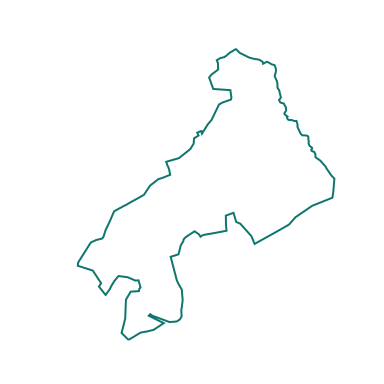 outline of Musawa, Katsina, Nigeria, rotated 335°
{"feature_id": "59680162B51512347513243", "entity_name": "Musawa", "entity_type": "district", "adm_level": 2, "iso_a3": "NGA", "parent_name": "Nigeria", "parent_adm1": "Katsina", "projection": "orthographic", "projection_center": [7.719, 12.112], "detail": "fine", "context": "isolated", "style": "outline", "palette": "teal", "viewbox_px": 384, "rotation_deg": 335, "n_neighbors": 0, "source": "geoboundaries", "source_scale": "gbopen_adm2", "svg_char_len": 2403}
<svg xmlns="http://www.w3.org/2000/svg" viewBox="0 0 384 384"><g transform="rotate(335 192 192)"><path d="M57.3,210.6L68.9,221.3L71.1,236.3L67.7,238.4L70.2,248.8L70.3,248.8L76.3,245.4L79.4,242.9L84.2,239.8L89.9,237.1L97.7,242.1L103.3,248.4L106.2,249.5L105.0,256.7L103.4,257.5L102.0,259.4L94.3,256.4L86.6,261.7L77.9,278.6L68.6,290.0L71.7,298.5L72.8,299.1L86.0,297.7L92.4,299.4L99.0,300.7L111.0,298.9L100.5,285.9L102.5,285.1L103.7,287.3L116.7,300.4L123.4,302.9L127.4,302.3L130.1,300.2L132.5,294.2L134.0,292.3L137.9,285.9L141.5,276.1L140.9,269.6L140.9,265.7L145.3,241.7L153.4,242.8L159.2,235.7L163.6,232.7L164.0,231.8L165.9,230.6L169.6,229.9L177.7,228.7L180.4,233.3L180.8,236.1L182.8,235.7L185.6,236.1L194.7,238.6L206.9,241.7L208.9,236.1L212.7,227.7L220.8,228.4L219.4,237.8L222.4,241.2L227.2,257.2L226.8,265.5L250.9,263.8L266.3,262.5L275.1,258.6L295.1,255.3L316.8,256.5L319.8,252.1L326.7,240.1L325.3,235.9L323.9,227.8L323.8,225.3L321.5,217.7L318.6,212.7L319.8,210.0L319.7,207.3L317.8,205.3L317.9,204.1L319.2,203.5L319.5,202.9L318.0,199.4L318.2,197.3L319.3,195.3L319.7,193.4L320.8,191.1L320.5,190.1L319.6,189.2L317.3,187.9L315.8,187.2L315.1,184.9L315.1,177.5L316.2,175.4L316.7,171.7L314.8,171.0L312.5,168.6L310.8,168.1L309.5,166.7L309.5,164.5L310.5,164.0L308.8,160.9L308.9,159.8L311.8,157.9L312.8,155.4L312.6,150.6L309.9,148.3L309.7,145.5L312.5,144.0L313.0,141.3L314.0,136.6L313.5,133.6L314.8,130.9L315.8,127.8L315.8,123.7L315.9,121.9L318.6,118.7L319.5,117.4L320.3,114.6L320.4,111.9L318.1,109.9L316.9,108.0L315.0,105.6L312.3,105.7L310.6,105.8L311.0,103.8L309.1,100.8L307.9,99.8L306.0,98.6L303.8,97.0L300.6,94.3L294.0,86.0L292.3,81.2L291.5,81.1L285.2,81.7L280.7,83.0L278.0,83.4L274.5,82.6L270.1,83.1L270.0,86.3L267.4,92.1L259.3,93.8L255.9,95.5L254.8,107.6L269.8,115.9L267.6,123.2L266.3,124.7L257.8,123.8L253.5,124.1L240.1,135.0L235.2,137.2L225.7,143.3L225.9,141.9L226.4,141.0L225.7,140.5L221.8,140.5L221.8,143.6L216.6,144.2L213.9,148.9L208.6,152.4L194.4,155.8L181.4,153.7L180.9,158.0L181.1,158.8L180.8,161.6L180.4,163.6L179.9,165.4L179.5,167.2L170.8,166.7L167.0,166.1L156.6,168.5L147.4,174.2L142.1,174.7L137.5,175.0L135.3,175.1L134.2,175.2L133.0,175.3L131.1,175.4L129.1,175.6L126.3,175.9L124.5,175.8L122.3,176.0L121.4,176.1L119.7,176.1L115.7,176.4L113.1,176.7L104.9,184.0L97.7,189.9L92.8,195.2L90.9,196.2L84.8,195.0L78.9,195.0L59.0,207.8L57.3,210.6Z" fill="none" stroke="#0f766e" stroke-width="2"/></g></svg>